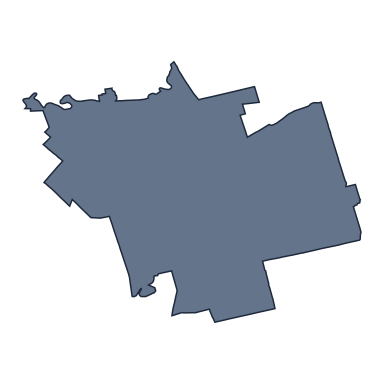 Jebel, Timis, Romania
{"feature_id": "2599482B60817854126326", "entity_name": "Jebel", "entity_type": "district", "adm_level": 2, "iso_a3": "ROU", "parent_name": "Romania", "parent_adm1": "Timis", "projection": "natural_earth1", "projection_center": [21.231, 45.54], "detail": "fine", "context": "isolated", "style": "filled", "palette": "slate", "viewbox_px": 384, "rotation_deg": 0, "n_neighbors": 0, "source": "geoboundaries", "source_scale": "gbopen_adm2", "svg_char_len": 5817}
<svg xmlns="http://www.w3.org/2000/svg" viewBox="0 0 384 384"><path d="M359.6,240.1L360.2,239.2L360.4,235.3L360.6,233.6L360.8,233.3L361.0,232.3L360.0,228.4L357.6,220.6L353.4,206.8L353.9,206.6L354.5,206.1L355.0,205.6L355.7,205.2L356.5,205.1L357.0,204.8L357.4,203.8L357.7,203.4L358.2,203.2L359.6,203.0L360.0,201.9L359.8,200.8L360.0,200.2L360.4,199.9L359.7,198.7L357.3,191.0L356.2,187.3L355.4,184.5L346.0,186.7L345.8,186.1L346.4,183.7L346.1,182.2L345.2,181.0L343.8,176.7L341.6,169.6L338.7,160.6L338.3,158.7L337.1,154.9L332.5,140.0L330.7,134.2L330.6,132.9L330.2,131.9L329.7,130.4L329.1,128.8L328.7,127.8L328.6,127.3L327.7,123.6L325.7,117.4L324.2,112.5L321.1,102.2L319.6,102.6L318.5,102.8L317.5,102.8L313.7,102.7L311.8,103.5L310.5,104.1L309.6,105.2L308.7,106.0L303.8,107.8L294.3,111.0L291.9,112.4L288.7,114.0L287.7,114.7L282.8,118.7L277.2,122.8L274.6,124.2L273.5,124.7L271.7,125.3L270.9,125.2L269.1,124.5L259.5,130.4L257.2,131.7L256.3,132.0L247.4,137.2L245.2,130.4L243.9,126.6L240.1,115.2L245.3,113.8L244.8,112.0L242.5,104.2L259.2,102.3L254.5,86.6L236.1,91.0L214.4,96.1L202.3,98.8L198.7,99.7L193.6,93.5L186.1,82.3L185.1,80.9L180.8,73.8L179.2,71.4L178.2,69.4L177.1,66.7L175.6,64.6L174.6,62.9L173.9,61.8L172.6,62.9L170.9,64.3L170.7,64.7L170.6,65.1L170.8,65.3L171.3,66.3L171.4,66.9L171.5,67.8L171.6,68.5L171.4,69.2L170.7,70.5L169.8,71.8L169.7,72.5L169.7,73.2L169.4,73.8L169.1,74.3L168.9,74.8L168.9,75.2L168.9,75.4L167.9,76.4L167.5,76.9L167.3,77.4L167.2,77.7L167.1,78.1L167.2,78.6L167.1,79.0L166.9,79.3L166.8,79.9L166.8,80.3L166.9,81.2L167.2,81.9L167.6,82.5L167.9,82.9L168.1,83.2L168.7,83.7L169.2,84.1L169.6,84.4L170.3,84.9L171.0,85.5L171.3,85.9L171.4,86.2L171.5,86.9L171.4,87.4L171.2,87.9L170.6,88.5L170.1,88.9L169.4,89.3L168.9,89.4L168.0,89.5L165.6,89.2L164.5,89.0L162.5,88.3L162.0,88.2L160.8,87.9L160.2,87.9L159.7,88.1L159.4,88.5L159.3,88.8L159.3,89.2L159.4,89.6L159.8,90.2L160.7,91.2L159.6,91.8L158.8,92.5L157.7,93.2L157.2,93.5L156.8,93.9L156.2,94.2L155.6,94.2L154.6,93.8L153.8,93.5L152.9,93.4L152.1,93.5L151.7,93.6L150.1,94.3L149.7,94.5L149.1,94.9L148.7,95.4L148.4,95.9L148.2,96.5L148.1,97.1L148.1,97.7L148.2,98.1L146.6,98.7L145.0,99.1L142.9,99.5L142.2,99.5L139.5,99.9L137.9,100.0L136.3,100.0L132.8,100.2L126.2,100.4L123.9,100.6L117.2,100.9L115.6,100.9L116.6,99.5L116.8,98.4L116.8,97.6L116.6,96.5L116.4,95.9L116.4,95.3L116.0,95.2L115.6,95.3L115.5,94.9L115.4,94.3L115.1,93.0L115.0,92.6L114.6,91.9L114.3,91.6L113.7,91.2L113.0,90.8L112.5,90.3L112.3,90.0L112.0,89.2L111.8,88.7L111.9,88.2L105.0,89.2L105.7,93.5L102.1,94.0L102.3,94.9L98.6,95.4L98.9,97.9L99.6,101.3L99.3,101.4L98.9,101.1L98.6,101.1L98.2,101.1L97.2,101.0L95.9,100.7L95.4,100.4L95.2,100.4L94.3,100.2L93.6,100.1L92.3,100.0L90.5,99.9L90.0,100.0L89.2,100.1L88.3,100.2L85.6,100.5L84.7,100.7L82.7,100.9L81.4,101.2L79.5,101.4L78.8,101.1L77.4,101.2L75.8,100.8L74.0,99.7L71.9,98.2L70.5,96.4L69.5,95.2L68.7,95.2L66.0,95.5L64.1,96.5L62.8,98.0L61.8,99.5L60.7,100.2L60.4,100.6L60.2,102.4L60.4,103.1L62.0,103.7L63.0,103.6L65.0,103.2L66.9,102.4L68.9,102.8L70.3,103.7L71.3,104.8L71.6,105.4L71.8,106.1L71.7,106.9L71.0,107.8L70.1,108.6L65.7,109.4L64.0,109.4L63.0,108.9L62.0,108.0L60.1,106.9L58.3,105.7L54.9,104.5L51.5,103.1L50.3,103.0L48.6,103.1L47.0,103.8L46.2,104.6L45.5,105.5L45.0,106.5L44.7,107.4L44.1,107.7L43.5,107.5L42.8,106.8L41.1,104.9L39.7,102.6L38.9,101.6L37.8,100.6L36.7,99.9L35.2,99.3L34.5,98.7L34.2,98.2L34.1,97.7L34.9,96.7L36.2,95.3L36.7,94.1L36.5,93.4L35.4,93.1L34.2,93.2L32.7,94.4L29.9,97.3L28.9,98.5L27.7,98.3L24.3,98.9L23.4,99.3L23.0,100.5L23.9,102.0L25.6,104.0L26.2,105.1L26.4,105.9L26.3,106.9L25.8,107.8L25.0,108.6L30.6,108.7L30.5,111.1L33.0,111.0L43.0,110.6L45.8,118.2L46.9,121.1L48.5,125.3L49.2,127.4L46.0,131.1L44.8,132.1L50.6,137.2L47.1,140.8L43.2,144.5L46.0,146.8L48.4,149.1L50.2,150.5L52.7,152.6L53.2,153.1L53.8,153.5L56.5,155.5L57.9,157.1L60.0,158.6L62.7,160.9L61.5,162.4L56.9,167.5L52.1,173.1L50.2,175.2L44.0,182.5L44.6,183.0L46.1,183.9L46.9,184.8L49.4,187.0L52.1,189.2L55.1,192.1L58.4,195.3L60.0,197.0L64.4,201.1L67.1,203.7L68.9,205.5L69.7,206.2L70.0,205.3L70.5,204.0L71.1,202.5L72.3,199.5L77.6,204.6L80.8,207.9L87.6,214.4L90.8,217.6L100.3,218.1L104.1,217.4L109.4,216.4L110.1,218.6L111.5,222.6L112.0,223.9L112.3,225.0L113.7,229.4L114.3,231.3L115.5,234.6L116.1,236.4L117.8,241.7L118.3,243.0L118.7,244.1L119.3,245.8L120.3,249.2L121.8,253.5L122.9,256.9L124.0,260.2L125.4,264.4L127.8,271.6L128.7,274.4L129.4,277.1L129.6,278.3L130.0,281.3L130.8,287.0L131.9,294.7L132.2,296.5L133.1,296.5L133.9,296.7L136.3,295.6L139.3,290.9L140.5,288.9L141.2,288.5L141.4,288.9L139.6,292.3L139.4,292.7L139.1,293.5L139.4,294.9L140.1,295.7L140.8,296.4L142.4,296.6L144.0,296.6L145.5,296.6L148.4,295.4L149.9,294.6L151.0,294.2L152.2,293.5L152.8,293.3L153.6,292.9L154.0,292.9L155.6,291.1L155.6,290.3L154.8,287.7L148.5,285.0L151.6,283.3L152.1,282.8L152.6,282.4L153.0,281.8L153.5,280.9L153.9,279.2L154.0,277.4L153.9,276.2L154.4,276.1L154.9,276.0L155.2,275.8L155.6,275.7L155.9,275.7L156.4,275.7L157.6,275.6L157.7,275.1L158.4,273.8L161.5,273.1L163.3,272.7L171.6,270.9L173.2,276.6L175.3,283.9L176.5,288.2L177.0,290.0L177.1,290.8L176.4,294.0L175.9,296.0L174.6,302.2L173.8,305.4L172.9,309.2L171.9,315.7L173.1,315.4L181.8,312.6L184.0,312.9L188.0,312.8L194.0,312.7L195.6,312.7L199.6,311.6L209.3,309.2L210.3,311.9L211.3,314.3L212.2,316.7L213.0,318.2L213.7,319.4L213.8,319.7L214.8,322.2L223.7,320.2L228.3,319.1L252.9,313.6L257.0,312.6L264.7,310.9L271.1,309.5L275.0,308.6L274.7,307.2L274.4,305.7L272.6,298.0L272.3,297.5L272.0,296.2L269.3,286.4L268.7,285.5L268.7,283.4L268.1,281.2L265.9,272.5L266.0,272.4L265.6,270.7L264.7,270.0L262.6,261.2L269.4,259.6L274.8,258.6L275.5,258.6L276.4,258.3L278.2,258.0L284.5,256.6L291.2,255.3L292.3,255.1L302.9,252.8L303.5,252.9L304.2,252.6L311.7,250.9L322.8,248.3L338.4,245.1L345.7,243.2L359.6,240.1Z" fill="#64748b" stroke="#1e293b" stroke-width="1.5"/></svg>